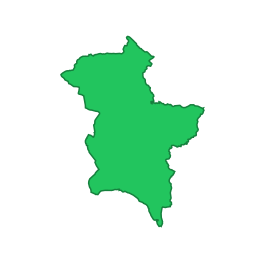 Merangin, Jambi, Indonesia (Robinson projection), rotated 127°
{"feature_id": "22746128B71403115718321", "entity_name": "Merangin", "entity_type": "district", "adm_level": 2, "iso_a3": "IDN", "parent_name": "Indonesia", "parent_adm1": "Jambi", "projection": "robinson", "projection_center": [101.815, -2.207], "detail": "fine", "context": "isolated", "style": "filled", "palette": "green", "viewbox_px": 256, "rotation_deg": 127, "n_neighbors": 0, "source": "geoboundaries", "source_scale": "gbopen_adm2", "svg_char_len": 5699}
<svg xmlns="http://www.w3.org/2000/svg" viewBox="0 0 256 256"><g transform="rotate(127 128 128)"><path d="M105.8,208.9L106.7,208.1L107.3,207.9L108.8,208.5L110.0,208.6L110.6,208.2L111.4,207.2L113.3,206.9L115.0,206.8L116.0,208.0L116.8,208.5L117.0,209.1L118.4,210.1L118.9,211.0L120.3,212.0L123.3,213.2L125.5,213.7L125.7,213.3L126.5,213.3L126.1,213.2L126.6,212.2L126.8,211.0L126.7,210.2L126.9,208.6L127.5,207.3L126.8,203.9L128.1,202.1L128.2,201.8L127.8,201.0L127.6,199.6L127.6,196.4L125.7,193.6L124.9,191.7L124.9,191.4L125.7,190.7L127.9,189.5L129.5,188.9L130.4,188.3L130.4,187.5L129.3,185.1L129.0,182.7L135.3,175.9L137.5,174.1L137.0,172.1L137.0,171.0L136.4,169.1L135.6,167.9L134.0,163.9L132.8,161.7L133.0,159.9L133.8,159.2L141.0,159.0L142.3,158.7L144.0,157.5L145.1,157.0L145.9,157.2L146.3,157.1L151.1,152.1L152.0,152.2L152.1,151.7L152.5,151.5L153.1,150.9L155.8,150.0L156.2,150.2L156.3,150.8L156.1,151.5L156.4,152.5L156.2,153.2L156.9,154.7L157.0,155.4L157.3,155.5L158.5,155.2L160.3,155.1L160.8,154.9L160.9,154.7L161.6,154.9L163.9,154.3L165.2,153.2L165.8,152.3L165.7,151.7L166.3,151.4L166.8,150.7L166.5,149.7L166.8,149.7L169.3,146.9L169.7,145.6L170.8,144.3L173.6,134.1L175.3,133.7L177.1,130.5L178.6,126.3L180.3,126.7L182.4,126.9L183.9,126.9L185.1,126.5L186.1,126.9L191.6,127.9L193.9,127.3L195.8,126.2L198.3,123.2L199.3,120.9L200.7,119.4L201.5,118.9L200.5,114.5L200.6,114.1L200.4,114.0L200.4,113.8L199.3,112.0L195.9,112.0L194.3,111.5L191.6,108.8L187.7,103.5L186.3,102.3L185.0,101.5L183.8,99.6L183.0,99.1L182.2,98.1L183.1,97.6L182.7,97.3L182.0,96.0L182.2,93.8L181.5,92.9L180.4,92.4L179.8,89.1L179.2,88.0L178.4,83.3L178.4,77.6L179.7,74.9L178.8,72.2L178.6,70.7L178.8,70.3L178.2,67.7L178.4,65.8L179.0,64.6L179.7,63.7L179.8,62.8L180.7,62.2L181.9,61.0L183.1,58.3L184.1,56.9L185.7,52.7L185.7,51.7L185.5,51.2L184.1,50.0L183.4,48.9L183.4,48.4L184.1,48.4L184.5,48.7L184.7,49.7L184.9,49.7L185.6,48.4L186.9,46.9L187.9,44.0L187.8,43.8L186.5,42.9L186.6,42.3L183.5,43.0L183.4,43.3L182.1,44.0L179.4,47.6L176.3,50.2L171.3,52.8L170.2,52.7L169.0,50.3L167.8,49.4L165.3,46.9L164.3,47.8L163.8,47.4L162.9,47.2L161.2,48.7L161.3,50.1L160.1,51.1L159.2,51.1L158.0,51.5L154.3,55.2L152.1,56.2L149.9,57.0L149.2,57.6L148.2,59.0L146.7,60.0L146.6,61.6L146.0,62.8L145.5,63.3L144.4,63.9L142.9,64.2L141.4,64.2L140.8,64.4L140.5,63.9L139.7,64.2L138.7,63.8L137.8,63.8L137.5,64.1L137.2,64.0L136.9,64.1L136.3,64.0L135.9,64.3L134.6,64.5L135.0,66.7L135.0,67.8L135.3,68.2L135.3,68.5L135.6,69.0L135.8,69.6L135.7,71.1L134.7,72.7L133.7,72.7L132.8,74.4L132.6,76.0L131.9,76.3L131.8,77.6L130.8,78.6L130.4,78.7L129.6,78.3L128.1,76.8L127.5,76.7L126.8,77.0L126.0,76.8L124.7,77.4L124.2,77.9L123.7,79.4L122.6,79.5L122.2,80.3L122.1,81.3L121.6,81.4L120.9,82.1L119.5,82.2L119.0,81.8L118.7,82.2L118.2,81.4L117.3,81.2L116.8,81.7L116.6,82.2L115.7,82.6L114.4,81.2L113.9,79.2L113.5,78.3L113.7,77.6L113.5,77.2L112.7,76.7L112.3,76.9L112.0,76.7L111.3,75.2L110.9,74.6L110.5,74.7L110.0,75.3L109.7,75.1L109.2,75.4L108.9,75.1L108.2,73.8L107.7,73.3L107.2,73.3L106.8,72.9L106.2,73.1L105.9,72.7L105.8,71.7L105.4,71.3L104.8,71.4L104.4,72.5L104.2,72.3L103.5,72.5L103.3,71.9L103.0,71.6L102.0,71.8L101.5,72.3L101.1,73.2L100.9,73.2L99.6,71.8L99.2,71.9L98.7,71.5L98.3,71.6L97.9,71.5L97.5,71.7L96.9,71.0L96.5,70.9L96.0,70.2L95.1,70.5L94.6,70.4L94.2,69.9L93.0,69.1L92.3,69.4L90.8,70.8L89.6,70.9L88.1,70.6L86.8,71.2L85.6,73.3L83.7,75.1L80.7,76.2L80.1,77.5L78.1,77.9L75.1,77.5L73.3,78.3L73.0,78.0L72.8,77.4L71.9,77.1L70.6,77.2L69.5,77.9L69.3,77.8L68.3,77.9L68.0,78.3L67.6,79.6L66.6,79.8L67.5,80.5L68.0,82.5L68.5,85.3L70.1,88.0L69.9,89.4L71.9,92.1L74.2,92.9L76.3,94.1L77.0,94.4L78.4,96.0L78.9,97.8L78.7,99.4L78.7,100.2L82.2,104.1L83.0,104.3L83.8,105.1L83.9,105.7L83.6,107.5L83.8,108.4L84.4,108.8L85.1,111.0L85.7,110.8L86.3,111.4L86.8,111.7L87.1,112.4L87.6,113.0L87.2,114.3L88.0,115.5L87.9,117.7L88.3,117.7L88.3,118.3L88.7,118.0L89.2,117.9L89.1,118.4L89.3,118.2L89.5,118.3L89.5,118.6L89.9,118.7L90.3,119.4L90.6,119.4L90.9,120.4L91.2,120.5L91.4,120.9L91.7,120.8L91.8,121.1L92.1,121.2L92.3,121.9L92.2,122.4L92.5,122.6L92.5,123.0L92.8,123.5L93.4,123.9L94.1,123.4L94.4,124.1L94.2,124.5L93.8,124.5L93.7,125.0L93.4,125.3L93.3,125.1L92.9,124.8L92.5,124.9L92.2,124.5L91.7,124.2L91.7,123.9L91.4,123.5L91.0,123.5L88.9,126.3L88.3,126.5L87.1,126.5L86.1,127.7L85.8,129.5L85.4,130.0L85.9,130.4L84.8,132.7L83.8,134.0L83.2,134.0L82.6,134.3L82.4,134.5L82.4,136.2L81.9,136.8L81.9,138.0L82.2,138.6L82.2,139.4L81.7,140.7L80.6,142.1L79.5,142.9L78.9,143.7L78.7,145.9L78.4,146.4L77.2,147.7L75.9,148.6L75.4,149.2L74.7,149.2L72.9,148.4L71.3,149.2L69.3,148.6L68.8,148.9L68.6,149.5L68.4,149.8L67.7,150.0L66.7,149.7L66.1,149.3L65.6,148.6L65.2,147.3L64.7,147.1L63.6,147.4L62.7,147.4L62.2,147.8L62.2,149.1L61.9,151.2L61.7,151.6L60.6,151.4L60.0,151.5L58.4,150.7L56.5,150.1L55.6,150.1L55.6,150.6L55.7,151.2L56.4,152.0L56.5,152.6L55.7,158.3L56.1,159.2L56.9,160.0L57.1,160.5L57.0,164.0L56.7,165.2L57.1,166.0L57.2,166.7L57.1,167.4L56.8,168.0L56.9,169.0L56.6,169.8L56.6,170.8L56.0,171.7L55.6,172.0L55.4,173.1L55.3,173.5L55.4,174.1L55.0,176.1L54.5,180.8L54.6,182.4L55.2,183.5L56.1,183.7L56.6,183.6L57.4,182.5L57.6,180.6L58.4,179.8L59.0,179.5L60.8,179.5L62.2,178.6L62.8,178.4L63.2,178.6L64.0,180.1L65.2,180.0L68.0,179.3L69.2,177.4L69.8,177.1L71.7,177.3L72.6,177.8L73.5,179.6L76.2,182.7L77.1,184.3L78.6,186.0L79.5,187.4L79.9,187.8L80.6,189.4L81.4,190.2L82.8,190.9L83.8,192.5L84.3,192.7L85.1,194.8L86.0,195.7L87.9,197.1L88.8,197.9L89.1,198.4L90.1,198.7L90.3,199.0L91.2,198.9L91.4,199.2L91.7,200.8L91.4,202.0L92.6,202.8L92.9,203.3L93.4,202.9L94.2,202.9L94.8,203.3L95.6,204.1L96.0,204.8L97.9,207.2L99.8,208.2L101.0,208.6L102.0,208.4L103.8,209.2L104.6,209.3L105.8,208.9Z" fill="#22c55e" stroke="#15803d" stroke-width="1.5"/></g></svg>